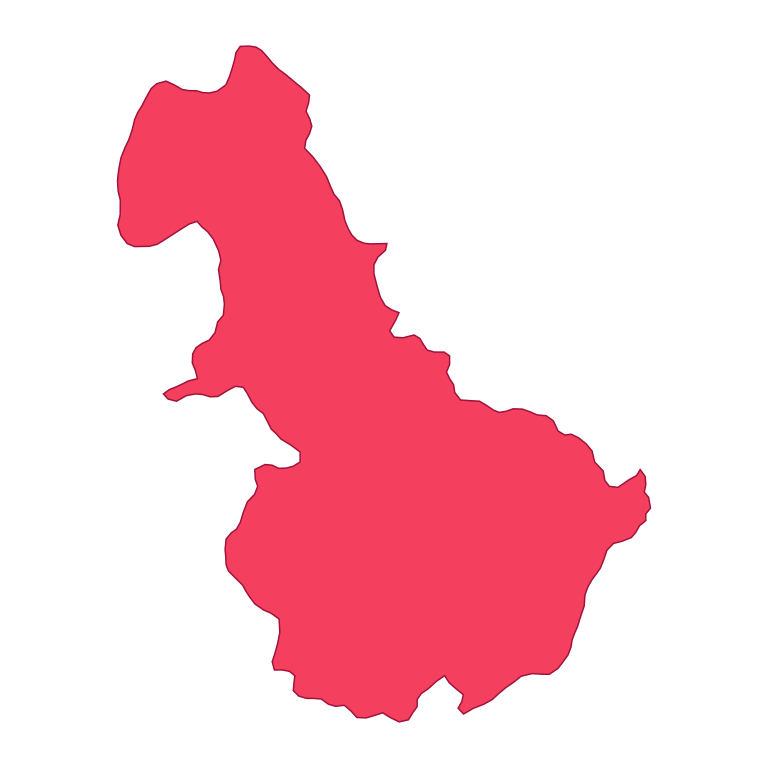 Guimarânia, Minas Gerais, Brazil (orthographic projection)
{"feature_id": "56859067B18916788742052", "entity_name": "Guimarânia", "entity_type": "district", "adm_level": 2, "iso_a3": "BRA", "parent_name": "Brazil", "parent_adm1": "Minas Gerais", "projection": "orthographic", "projection_center": [-46.761, -18.797], "detail": "fine", "context": "isolated", "style": "filled", "palette": "rose", "viewbox_px": 768, "rotation_deg": 0, "n_neighbors": 0, "source": "geoboundaries", "source_scale": "gbopen_adm2", "svg_char_len": 3417}
<svg xmlns="http://www.w3.org/2000/svg" viewBox="0 0 768 768"><path d="M117.8,225.2L121.0,235.4L127.2,243.6L134.7,246.6L149.2,246.3L157.1,244.3L163.7,240.3L170.5,235.9L179.5,230.1L189.2,224.0L197.1,221.4L202.0,227.0L207.5,231.6L213.2,238.9L218.7,250.9L220.9,260.3L218.5,269.5L220.2,281.1L220.9,289.2L223.6,296.7L224.4,304.3L223.3,315.3L217.7,321.8L215.0,332.7L209.2,340.1L202.3,343.3L196.1,347.6L192.7,353.8L192.3,362.9L195.4,370.6L197.5,378.6L188.2,381.0L182.3,384.0L175.9,387.0L169.3,389.6L163.4,394.0L168.2,399.1L176.5,401.2L186.5,395.6L195.8,393.9L203.1,394.6L210.2,396.8L217.9,396.5L227.5,390.5L235.4,386.3L243.3,387.3L247.5,393.8L251.9,402.3L257.0,408.7L263.3,413.5L267.4,421.4L271.3,429.2L276.4,433.9L280.9,439.0L290.9,445.1L300.1,452.0L300.1,462.0L293.3,466.2L286.3,468.1L278.4,468.3L272.2,465.2L265.1,464.5L254.8,469.5L255.3,479.3L257.7,486.3L254.6,494.3L247.4,501.8L243.2,512.7L240.3,522.4L236.5,529.2L231.3,532.8L226.1,539.1L225.1,549.6L225.8,557.5L226.1,564.7L228.5,571.0L235.3,577.9L242.6,585.1L245.8,591.0L249.6,596.9L255.1,604.1L263.9,610.2L270.5,612.9L279.1,619.0L279.8,632.5L277.7,643.1L275.1,652.9L272.2,661.7L274.4,670.0L281.9,669.9L289.4,671.3L294.9,675.7L294.0,682.4L293.3,690.6L298.8,696.1L306.7,698.4L313.1,698.4L321.2,699.0L328.4,704.2L335.5,706.3L344.3,705.3L350.7,710.7L356.9,717.5L366.2,717.9L374.6,715.4L382.7,712.8L390.2,717.5L399.2,721.9L408.5,719.8L412.6,712.9L417.1,706.8L417.2,699.4L421.2,693.6L428.5,688.5L437.0,680.8L444.7,675.7L449.2,682.7L455.7,688.5L463.3,694.7L461.8,701.7L458.1,708.2L463.6,714.0L473.0,708.5L484.0,704.1L492.4,699.4L499.0,693.3L506.0,687.5L514.5,681.6L521.1,676.2L532.1,673.6L540.3,674.1L549.3,674.3L557.9,668.5L563.1,661.7L567.9,655.1L571.0,647.1L572.1,639.9L574.4,633.7L577.5,626.7L580.6,616.5L584.2,606.0L584.9,595.0L587.9,586.8L592.1,579.5L596.5,573.6L600.3,568.2L603.7,559.8L606.9,550.3L613.5,543.4L621.9,541.3L631.3,537.6L635.7,532.5L639.6,525.6L645.8,520.6L645.8,513.9L650.5,508.1L648.6,497.4L644.3,492.1L645.8,484.6L645.2,476.5L640.2,469.6L636.6,475.5L628.9,479.8L617.9,487.4L609.3,486.3L604.9,480.5L603.2,471.0L594.6,462.0L592.1,451.1L586.3,444.0L578.8,437.9L571.1,434.2L564.8,435.1L558.1,431.0L553.3,420.8L546.1,415.7L537.1,414.9L529.8,411.7L522.3,409.1L513.2,408.8L506.5,411.2L499.2,412.4L493.3,410.0L486.8,405.6L479.5,401.2L470.7,400.7L460.6,400.0L454.7,392.4L453.6,384.7L449.6,378.6L446.5,372.1L449.6,364.4L449.6,355.9L444.1,352.1L434.4,352.1L427.2,350.1L423.4,344.5L419.9,338.5L414.2,335.0L402.8,337.8L394.0,337.1L389.7,330.8L395.8,319.9L399.0,312.7L391.8,309.9L385.2,305.7L380.4,297.4L377.5,287.6L375.5,280.0L373.9,273.4L373.9,264.8L377.9,257.1L385.5,250.2L386.9,243.5L380.0,243.7L370.3,243.9L363.9,243.2L357.0,240.3L352.0,235.3L348.4,229.1L344.9,220.7L342.5,209.4L339.4,200.7L333.9,194.1L330.2,185.7L326.5,176.6L320.1,166.4L312.6,156.6L304.6,148.3L305.9,140.2L309.5,133.7L311.8,126.2L309.7,118.8L306.0,111.3L308.7,102.5L309.5,95.1L302.1,88.2L294.3,81.8L286.0,74.8L279.1,69.7L272.5,63.2L266.0,55.4L261.5,50.5L256.0,47.1L249.4,46.1L240.2,46.4L236.0,52.6L234.7,59.3L232.5,67.2L229.7,76.0L225.9,84.9L217.1,91.2L209.4,93.0L202.6,92.6L196.4,90.7L189.4,90.7L182.2,89.5L174.2,84.9L166.0,81.1L156.8,83.7L151.1,88.6L146.0,97.9L141.5,106.5L137.7,112.6L134.6,119.7L132.2,129.8L128.9,139.5L124.7,148.3L121.0,157.8L119.2,166.9L118.2,173.8L117.5,180.8L118.2,191.3L120.3,200.1L120.2,214.5L117.8,225.2Z" fill="#f43f5e" stroke="#9f1239" stroke-width="1.5"/></svg>